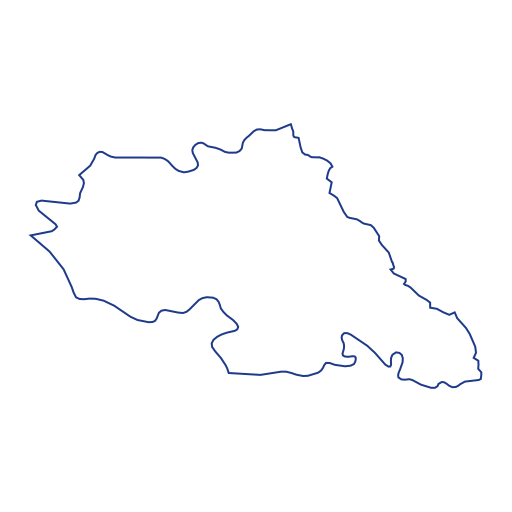 outline of Iasi
{"feature_id": "ROU-308", "entity_name": "Iasi", "entity_type": "County", "adm_level": 1, "iso_a3": "ROU", "parent_name": "Romania", "parent_adm1": "", "projection": "natural_earth1", "projection_center": [27.411, 47.195], "detail": "fine", "context": "isolated", "style": "outline", "palette": "blue", "viewbox_px": 512, "rotation_deg": 0, "n_neighbors": 0, "source": "natural_earth", "source_scale": "10m", "svg_char_len": 3299}
<svg xmlns="http://www.w3.org/2000/svg" viewBox="0 0 512 512"><path d="M290.9,124.2L292.1,128.6L293.0,130.8L293.3,132.0L293.3,135.2L293.8,136.7L294.9,137.3L297.9,137.7L298.6,137.9L300.6,147.3L302.3,152.4L305.2,154.6L307.6,154.9L309.0,155.6L310.1,156.5L311.7,157.2L318.7,157.4L319.1,157.2L322.9,158.5L327.0,160.5L330.5,163.3L332.4,166.7L330.2,168.2L328.7,170.9L327.6,174.5L326.8,178.6L331.7,182.3L329.5,193.0L333.4,195.3L334.0,195.7L337.1,198.1L343.7,211.8L347.2,216.9L349.4,217.8L356.8,219.3L359.7,220.9L361.7,222.4L363.9,223.6L370.8,225.1L373.7,227.7L379.2,236.2L378.9,240.5L381.8,244.9L388.8,252.6L392.1,262.2L392.6,262.4L393.3,265.1L394.1,267.2L393.6,268.7L390.6,269.5L393.8,273.5L405.7,279.1L405.7,281.4L404.0,284.0L405.3,285.0L407.9,285.8L410.4,287.4L418.8,295.5L426.6,299.9L430.1,302.6L430.2,307.7L436.9,308.8L443.3,312.3L449.3,314.8L454.7,312.4L457.2,318.2L457.5,318.5L466.0,328.0L469.7,333.9L475.2,346.6L475.9,351.8L476.0,352.7L473.7,357.9L478.3,360.7L478.5,364.7L478.2,368.8L481.3,372.3L481.3,374.9L480.8,379.0L478.7,380.0L464.9,381.6L460.2,384.2L458.3,385.7L455.8,387.0L452.5,387.2L449.2,385.8L446.7,383.8L444.2,382.3L441.8,382.0L438.5,383.9L437.5,386.2L435.0,387.8L431.1,387.8L421.0,384.7L412.3,380.0L409.2,379.2L404.9,379.7L401.3,379.4L398.4,377.4L398.1,375.0L398.8,372.3L400.1,369.3L402.6,362.2L402.8,358.3L401.8,354.9L399.4,352.9L396.0,352.4L392.4,354.8L391.1,357.9L390.9,361.4L391.1,364.6L390.3,366.5L388.5,366.6L385.3,364.6L374.8,352.7L367.3,345.8L350.9,334.7L347.3,333.1L344.2,333.1L342.0,335.4L341.6,337.9L342.3,340.5L343.6,343.0L344.1,345.7L343.9,348.7L342.5,353.7L343.0,355.5L344.9,356.5L348.0,356.8L353.1,356.2L354.8,356.5L355.7,357.6L355.7,359.7L355.2,361.8L353.9,364.1L350.5,365.7L345.1,366.3L334.7,364.8L329.7,363.0L326.0,362.9L324.2,365.2L323.0,367.8L321.1,370.5L318.1,372.7L307.9,375.8L303.1,376.0L296.4,374.7L291.4,373.0L286.2,371.7L281.0,371.7L260.4,374.9L228.7,373.0L227.2,368.4L225.7,365.3L220.9,358.0L215.0,351.1L212.1,346.9L211.7,343.3L213.5,339.8L217.3,336.7L221.8,334.4L226.7,332.7L234.9,330.8L237.3,329.3L238.2,326.8L236.6,323.7L233.0,320.0L226.7,315.3L223.4,311.9L220.8,308.4L219.9,305.1L218.7,302.0L216.6,299.3L213.2,297.7L206.9,297.2L202.5,298.1L198.9,300.0L189.4,309.5L186.5,311.8L183.1,313.0L178.3,312.6L165.3,310.0L161.4,310.7L158.9,312.8L156.6,318.6L155.1,320.8L152.6,322.0L148.6,322.2L137.5,320.0L130.4,316.7L114.2,305.7L103.7,300.7L95.8,298.8L89.4,298.6L84.3,299.2L79.6,299.0L76.0,297.3L73.6,292.5L71.7,287.0L63.6,269.3L49.6,251.6L30.7,235.4L51.8,231.2L54.6,229.3L57.0,226.7L55.5,224.2L38.8,210.7L35.8,205.0L36.9,201.8L41.5,200.6L70.2,203.6L76.0,202.6L78.5,200.8L79.6,197.5L80.1,193.2L83.0,186.9L83.9,183.1L83.3,179.9L79.2,175.1L90.2,165.7L94.2,158.7L95.6,154.9L97.5,152.8L99.9,151.8L102.6,152.1L107.9,155.2L110.9,156.6L115.1,157.5L161.0,157.6L163.7,158.5L166.1,159.8L168.4,161.5L172.5,166.1L175.3,168.8L178.6,170.9L183.9,172.3L188.0,171.7L193.8,169.9L196.6,167.9L198.0,165.4L197.7,162.5L192.8,153.0L192.3,150.1L193.2,147.4L195.1,145.1L198.1,143.1L201.3,142.7L203.4,143.3L207.9,146.3L215.5,147.8L220.4,149.5L225.0,151.9L228.9,152.7L236.3,152.6L239.5,151.1L241.7,148.6L242.9,142.7L244.3,140.1L246.5,137.8L249.1,135.7L253.8,131.2L256.9,129.5L260.3,129.3L264.7,130.2L275.8,130.3L290.8,124.2L290.9,124.2Z" fill="none" stroke="#1e3a8a" stroke-width="2"/></svg>